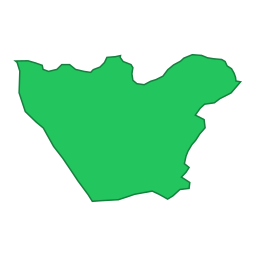 the district of Varberg, Halland, Sweden
{"feature_id": "70781695B45101098387914", "entity_name": "Varberg", "entity_type": "district", "adm_level": 2, "iso_a3": "SWE", "parent_name": "Sweden", "parent_adm1": "Halland", "projection": "robinson", "projection_center": [12.471, 57.185], "detail": "fine", "context": "isolated", "style": "filled", "palette": "green", "viewbox_px": 256, "rotation_deg": 0, "n_neighbors": 0, "source": "geoboundaries", "source_scale": "gbopen_adm2", "svg_char_len": 1087}
<svg xmlns="http://www.w3.org/2000/svg" viewBox="0 0 256 256"><path d="M15.4,61.0L17.1,62.4L19.8,71.1L19.1,92.8L25.3,111.6L36.3,122.2L43.3,128.0L53.6,146.4L62.6,158.0L70.2,169.2L77.9,180.8L88.3,194.9L92.3,201.3L100.7,200.7L118.4,199.7L129.9,195.9L134.5,194.3L152.2,191.1L159.1,194.3L167.6,199.1L172.9,195.9L179.9,189.5L189.1,188.4L189.8,182.5L181.4,177.1L186.0,172.3L189.1,167.5L184.4,163.7L186.0,156.2L188.0,151.1L191.9,144.6L195.8,140.1L199.7,134.0L205.1,127.8L204.1,119.6L195.3,115.1L200.2,108.3L204.6,104.2L214.4,102.8L219.8,98.7L231.1,92.9L240.6,81.8L236.0,81.0L235.5,77.2L234.0,73.1L231.5,68.7L227.1,65.9L225.1,61.5L221.7,59.5L213.9,58.8L207.5,57.8L201.6,55.4L192.3,54.7L183.9,58.1L180.5,61.2L173.6,64.9L167.8,69.7L162.9,76.2L156.0,79.6L150.6,81.3L144.2,84.7L136.9,83.7L132.9,80.3L131.9,73.8L132.9,67.7L131.0,64.6L123.1,61.5L120.2,57.4L120.5,55.6L115.3,56.7L106.9,57.4L104.5,62.5L100.1,67.0L93.2,69.7L90.7,72.4L83.9,71.4L75.5,69.4L69.6,64.6L61.8,64.6L56.9,69.4L48.5,71.4L43.1,69.4L42.2,65.3L35.3,62.9L28.0,60.8L15.4,61.0Z" fill="#22c55e" stroke="#15803d" stroke-width="1.5"/></svg>